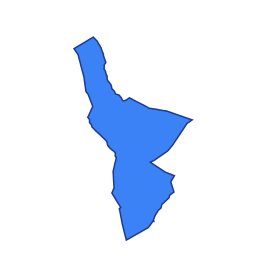 Al Kurmuk, Blue Nile, Sudan, rotated 149°
{"feature_id": "16777658B11118605799379", "entity_name": "Al Kurmuk", "entity_type": "district", "adm_level": 2, "iso_a3": "SDN", "parent_name": "Sudan", "parent_adm1": "Blue Nile", "projection": "mercator", "projection_center": [34.082, 10.395], "detail": "fine", "context": "isolated", "style": "filled", "palette": "blue", "viewbox_px": 256, "rotation_deg": 149, "n_neighbors": 0, "source": "geoboundaries", "source_scale": "gbopen_adm2", "svg_char_len": 3082}
<svg xmlns="http://www.w3.org/2000/svg" viewBox="0 0 256 256"><g transform="rotate(149 128 128)"><path d="M175.3,80.6L175.3,80.1L175.3,74.9L175.3,69.2L175.1,63.6L176.9,63.4L182.3,48.7L187.2,32.8L161.9,32.2L156.0,34.6L154.9,35.4L154.0,34.6L153.3,36.3L150.5,38.5L149.4,39.2L148.8,39.6L148.3,39.8L144.3,41.9L141.0,42.4L139.8,43.6L138.8,44.6L138.2,45.1L137.6,45.2L128.8,47.0L126.9,49.0L121.6,49.4L119.1,59.8L112.8,63.2L118.7,70.8L126.6,87.2L122.0,86.8L105.6,87.9L98.8,90.3L75.0,101.5L71.6,101.7L68.8,101.9L72.8,106.6L86.6,123.2L87.1,123.4L92.9,128.3L93.0,128.6L97.1,131.9L99.9,134.3L100.4,135.4L101.7,137.7L107.4,146.7L109.4,150.1L110.3,151.8L110.6,152.2L111.0,152.6L111.2,153.1L111.8,153.1L112.6,153.1L113.6,152.9L114.5,152.9L115.5,153.0L116.4,153.0L117.3,153.4L118.0,153.9L118.4,154.5L118.6,155.3L118.4,156.1L118.2,156.5L118.1,156.8L118.2,157.7L118.3,158.2L118.5,158.5L118.5,159.9L118.5,160.4L119.0,161.2L119.7,161.9L120.5,162.8L120.9,163.3L121.1,163.7L121.1,164.5L120.9,165.2L120.8,165.9L120.9,167.0L121.0,168.1L121.3,168.9L121.5,169.6L121.5,170.4L121.3,170.9L120.9,171.6L120.6,172.8L120.4,173.6L120.4,174.1L120.3,174.5L120.5,175.1L120.6,175.8L120.5,176.3L120.5,176.7L120.7,177.4L120.9,177.9L120.9,178.7L120.8,179.9L120.4,181.2L119.9,182.2L119.5,182.8L119.2,183.1L119.1,183.6L119.2,184.2L119.1,185.1L118.9,185.8L118.6,186.6L118.3,187.7L118.2,188.4L118.0,189.1L118.1,189.5L118.3,190.3L118.0,191.0L117.9,191.4L117.4,191.9L117.0,192.3L116.8,192.9L116.6,193.2L116.3,193.6L116.1,194.0L115.7,194.4L115.2,194.6L114.7,195.0L114.1,195.2L113.6,195.3L113.4,195.5L113.2,195.8L113.0,196.3L112.9,196.8L112.9,197.4L112.7,198.2L112.5,199.4L112.2,200.4L112.1,201.1L111.9,201.8L111.8,202.5L111.1,203.9L110.9,204.5L110.8,205.6L110.7,206.6L110.4,208.2L110.2,209.3L110.0,210.0L109.8,210.5L109.7,211.0L109.9,211.5L109.8,212.8L109.7,213.3L109.8,214.9L109.8,215.9L109.7,218.0L109.8,218.8L110.0,219.6L110.6,222.2L110.9,223.1L111.0,223.4L111.0,223.8L112.2,223.8L112.4,223.8L112.7,223.8L112.9,223.8L113.5,223.8L115.5,223.8L116.5,223.8L119.4,223.8L119.6,223.8L122.6,223.8L123.5,223.8L125.5,223.8L128.1,223.8L130.0,223.8L131.1,223.8L132.9,223.8L133.0,223.8L133.4,223.8L133.2,219.9L133.0,216.6L133.7,214.3L134.8,210.6L135.0,209.6L136.1,206.2L138.7,197.2L139.2,195.4L139.6,194.0L140.5,192.1L141.8,189.1L144.3,183.1L145.2,181.1L145.3,180.6L144.8,178.0L144.9,177.1L145.2,175.3L145.8,171.9L147.1,164.7L147.7,164.2L149.6,163.0L151.2,161.8L153.8,160.0L154.2,159.8L154.5,159.5L157.0,157.9L156.9,157.4L156.7,156.1L156.7,155.1L157.0,154.2L157.5,153.7L157.9,152.9L158.2,152.2L157.7,149.9L157.8,149.1L158.1,148.5L158.3,147.3L158.1,146.4L157.8,145.4L157.6,144.5L157.1,141.8L156.8,141.1L155.6,137.1L154.2,131.8L154.0,131.4L153.2,127.9L153.3,126.7L154.4,123.3L154.3,122.8L154.1,121.1L153.7,119.4L153.1,117.6L152.1,115.3L151.7,113.4L152.2,112.4L153.0,111.2L153.4,110.7L153.5,109.5L153.1,108.9L153.4,108.5L153.9,108.0L154.5,107.3L155.6,106.2L158.6,103.3L158.7,103.0L162.9,98.7L163.4,98.2L163.7,97.4L164.7,95.4L167.3,90.6L170.5,84.3L170.8,83.8L173.7,81.7L175.3,80.6Z" fill="#3b82f6" stroke="#1e3a8a" stroke-width="1.5"/></g></svg>